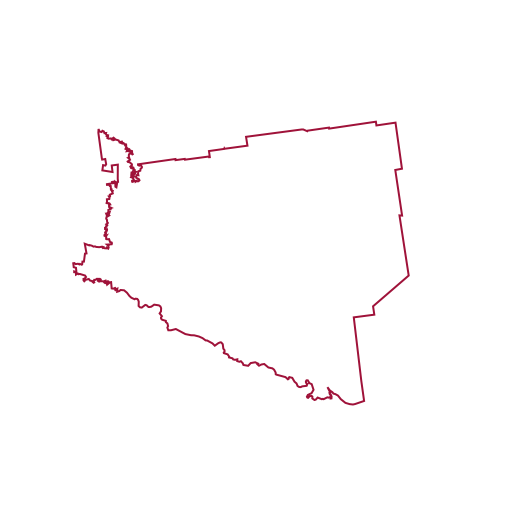 outline of Leales, Tucumán, Argentina, rotated 340°
{"feature_id": "61730980B91056584985438", "entity_name": "Leales", "entity_type": "district", "adm_level": 2, "iso_a3": "ARG", "parent_name": "Argentina", "parent_adm1": "Tucumán", "projection": "mercator", "projection_center": [-65.262, -27.202], "detail": "fine", "context": "isolated", "style": "outline", "palette": "rose", "viewbox_px": 512, "rotation_deg": 340, "n_neighbors": 0, "source": "geoboundaries", "source_scale": "gbopen_adm2", "svg_char_len": 6090}
<svg xmlns="http://www.w3.org/2000/svg" viewBox="0 0 512 512"><g transform="rotate(340 256 256)"><path d="M423.0,223.9L432.7,178.4L413.8,174.5L414.6,170.8L368.3,161.3L368.5,160.3L347.5,155.9L346.9,156.3L343.6,153.2L342.1,152.7L287.4,140.6L285.7,149.4L263.2,144.5L263.1,144.1L262.8,144.5L247.7,141.3L246.4,147.3L245.7,147.1L245.8,146.4L222.2,141.2L222.3,140.4L213.2,138.4L213.5,137.3L176.5,129.5L176.3,130.2L177.2,131.2L178.9,131.3L179.3,133.4L178.7,134.1L177.4,134.5L176.4,136.3L174.6,136.1L173.4,137.9L173.1,139.9L171.5,139.2L170.3,140.6L170.2,141.5L172.3,143.8L172.4,145.0L171.1,145.6L169.7,145.1L169.7,144.5L168.1,145.0L168.2,144.1L167.6,143.6L165.5,144.2L165.0,143.8L165.3,142.9L166.8,143.0L167.3,142.2L166.8,140.2L165.5,139.2L166.2,138.5L167.1,139.8L168.3,139.9L168.7,139.5L168.4,138.6L169.1,137.6L168.8,136.5L167.9,137.9L166.5,137.2L167.6,134.9L169.0,135.2L169.0,136.1L170.1,137.4L170.7,137.0L170.3,136.1L171.4,136.3L172.0,135.9L171.1,135.4L171.4,133.9L169.9,133.7L171.0,132.3L171.0,131.0L170.2,130.2L169.5,131.2L168.7,130.7L168.5,129.0L170.6,128.1L170.7,127.1L169.3,124.7L167.8,123.8L167.7,123.3L170.5,122.5L170.4,121.4L169.4,120.0L170.5,119.9L170.6,118.7L171.4,117.0L172.8,116.7L174.1,117.3L174.5,118.2L175.0,118.1L174.8,116.9L175.4,115.0L174.7,114.5L173.6,115.2L172.7,114.5L173.7,113.4L173.5,112.4L172.8,112.5L171.5,113.5L170.4,113.3L172.3,111.3L172.1,110.9L170.7,111.3L170.0,110.7L171.4,109.2L172.1,106.7L171.6,106.4L170.8,107.0L170.2,104.6L168.9,104.7L167.6,103.5L169.1,103.3L169.1,102.6L166.7,102.3L166.4,100.4L163.9,98.5L162.4,98.4L163.3,97.3L162.6,96.1L161.9,96.3L161.7,97.6L160.9,97.7L160.2,97.2L159.9,95.9L157.5,95.3L156.7,94.3L157.6,93.5L156.7,92.3L157.3,92.0L157.9,92.6L158.3,92.0L157.1,91.2L156.5,89.8L157.1,89.1L155.6,88.7L155.6,86.9L154.5,85.8L153.3,86.7L151.5,85.5L151.5,82.8L150.0,86.3L144.6,111.2L144.4,112.8L147.5,113.3L146.6,118.5L145.4,119.5L143.4,118.3L140.9,123.0L149.9,128.0L151.4,121.6L157.4,122.9L152.5,136.1L151.7,139.2L150.9,139.2L148.3,143.7L147.6,142.8L148.5,139.9L149.7,138.8L149.4,138.2L148.4,138.3L148.3,137.7L147.1,138.8L146.6,138.7L146.7,137.3L146.0,137.2L145.8,138.5L140.5,137.5L140.3,138.2L142.9,139.1L142.6,140.2L143.4,140.6L142.4,143.9L143.1,144.0L142.8,145.8L143.5,146.0L142.9,146.8L142.8,148.2L139.6,148.4L139.3,149.8L138.1,149.6L138.4,151.0L137.6,152.3L135.3,151.7L134.5,154.2L133.7,155.1L134.2,155.6L135.7,155.9L136.4,156.7L136.6,157.8L135.4,157.7L134.7,159.7L135.1,161.3L135.7,161.3L135.9,160.7L136.5,161.3L135.8,161.3L135.8,162.0L132.9,162.3L132.7,163.8L131.3,164.6L132.0,165.0L133.4,164.8L132.4,166.1L131.6,165.7L131.7,166.8L130.9,166.9L131.0,166.4L130.6,166.6L130.5,165.9L129.7,165.3L129.7,166.6L131.3,167.8L128.8,168.3L128.0,169.7L128.3,171.0L127.7,173.4L128.1,174.2L127.7,174.7L126.1,175.0L126.6,176.3L125.4,176.7L125.5,177.4L123.8,177.8L123.4,179.1L124.1,179.4L124.1,180.0L125.1,179.9L125.1,180.2L124.5,181.3L123.7,181.2L123.2,182.0L122.3,182.2L122.2,183.1L122.8,183.4L122.4,183.9L120.9,184.3L120.5,185.1L121.1,185.8L122.4,185.7L121.5,186.4L121.7,187.1L121.0,188.7L121.6,189.3L123.7,189.9L123.6,192.8L125.0,194.0L125.0,194.7L124.4,195.6L119.9,194.3L120.9,196.1L119.9,197.3L120.3,197.8L119.7,198.5L118.7,197.2L118.4,197.8L116.5,197.0L115.7,196.2L114.9,196.2L114.7,195.7L115.5,195.3L114.6,194.6L111.7,194.1L108.9,192.8L108.0,191.9L106.5,191.6L105.3,190.2L103.3,188.8L102.9,189.0L99.3,185.9L97.6,195.6L96.1,195.3L92.4,202.4L91.0,201.9L89.8,204.4L89.3,204.6L87.8,203.2L87.1,203.5L86.1,202.4L83.7,201.9L82.9,200.5L81.8,200.3L80.9,204.2L82.8,205.5L82.1,208.4L81.6,209.9L80.6,208.9L79.9,208.3L79.3,209.9L79.8,208.9L80.5,208.9L81.0,210.2L80.5,211.9L82.6,211.5L83.0,212.4L84.3,212.6L88.7,215.9L89.1,217.6L87.1,218.6L86.1,218.5L85.6,219.9L86.0,221.0L86.7,220.7L87.5,219.4L88.4,220.2L91.0,220.4L91.7,222.4L93.5,223.5L93.5,224.3L94.3,225.6L95.0,225.4L94.8,224.3L95.8,223.1L97.0,223.5L98.6,223.0L101.5,224.1L102.1,225.0L101.7,225.7L100.8,224.8L99.9,225.1L99.4,224.4L98.9,225.2L99.8,226.4L101.3,226.5L104.1,227.7L106.2,227.7L106.0,228.9L104.6,229.3L105.0,229.9L106.4,230.3L106.3,231.9L107.3,231.4L107.2,230.0L107.9,229.0L108.6,229.3L108.9,230.3L108.1,231.4L109.9,230.8L110.9,231.0L109.3,237.1L110.7,237.9L112.7,237.8L113.0,238.5L112.1,239.6L112.2,240.0L114.5,239.4L113.3,242.1L115.6,242.2L117.1,241.6L120.3,243.1L122.2,246.4L123.4,250.3L124.6,252.6L127.1,255.1L128.2,254.9L129.7,255.7L130.2,256.9L130.2,258.8L128.6,262.8L129.4,264.5L131.0,265.4L135.2,264.1L136.4,264.9L137.5,267.1L138.3,267.5L140.3,267.8L143.7,266.9L147.9,269.2L148.9,270.7L149.0,272.6L147.8,275.5L145.8,277.0L147.0,280.4L145.7,281.3L145.4,282.4L146.0,283.8L149.1,286.1L148.7,287.3L149.7,289.1L149.4,291.8L148.2,293.0L148.2,295.8L150.6,296.7L155.7,297.2L162.9,305.2L167.8,308.2L170.8,309.4L174.8,312.1L177.7,314.9L179.8,318.1L181.2,318.7L185.2,323.2L186.6,326.2L190.8,325.0L192.9,324.9L193.8,325.4L194.6,327.5L193.6,331.9L194.2,333.7L193.8,335.0L192.6,335.8L192.6,336.3L195.7,338.7L196.4,341.5L196.0,342.1L198.9,344.1L199.2,345.4L200.8,346.4L203.1,346.7L202.4,348.3L204.2,349.7L205.8,349.7L206.9,352.3L206.9,354.1L211.1,356.5L214.4,354.8L218.9,355.6L221.1,357.8L220.3,358.2L221.3,360.1L224.0,359.8L226.8,360.3L229.5,365.0L233.0,367.2L234.1,369.0L234.6,372.1L234.1,373.9L234.5,374.4L242.3,379.9L243.8,382.8L244.7,382.6L245.3,381.5L245.9,381.2L248.4,382.9L249.2,387.3L250.5,389.6L250.6,392.4L251.8,393.9L253.2,394.5L254.8,394.3L259.2,395.3L260.3,394.1L260.0,394.1L259.7,391.9L260.0,390.9L261.0,390.1L262.1,390.5L262.7,393.7L264.5,395.5L264.3,401.4L261.3,403.9L257.2,404.3L255.7,405.7L255.8,406.5L256.4,407.1L258.5,406.1L260.4,406.5L260.9,407.4L260.2,409.1L261.7,411.3L263.0,411.4L265.5,410.1L268.9,413.1L270.0,413.1L270.6,413.7L274.7,413.2L275.7,413.9L277.1,413.9L277.5,414.7L277.3,415.4L278.2,415.6L279.0,413.8L278.8,411.7L278.3,411.8L278.1,411.2L278.2,409.7L279.0,409.5L278.3,403.7L279.4,407.6L281.2,410.1L281.7,411.8L283.3,412.9L285.3,415.2L286.7,419.5L289.8,424.6L293.3,427.2L296.3,428.7L298.4,429.0L308.0,429.2L312.2,409.5L326.9,347.1L347.1,351.6L348.8,343.3L392.8,326.6L404.7,266.9L407.1,268.0L416.3,222.8L423.0,223.9Z" fill="none" stroke="#9f1239" stroke-width="2"/></g></svg>